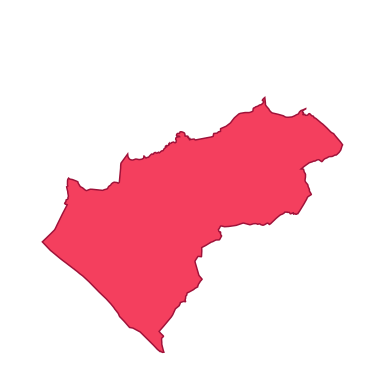 outline of Tanh Linh, Bình Thuận, Vietnam, rotated 46°
{"feature_id": "81297802B72040378952039", "entity_name": "Tanh Linh", "entity_type": "district", "adm_level": 2, "iso_a3": "VNM", "parent_name": "Vietnam", "parent_adm1": "Bình Thuận", "projection": "natural_earth1", "projection_center": [107.7, 11.14], "detail": "fine", "context": "isolated", "style": "filled", "palette": "rose", "viewbox_px": 384, "rotation_deg": 46, "n_neighbors": 0, "source": "geoboundaries", "source_scale": "gbopen_adm2", "svg_char_len": 6013}
<svg xmlns="http://www.w3.org/2000/svg" viewBox="0 0 384 384"><g transform="rotate(46 192 192)"><path d="M248.4,49.6L246.4,50.3L244.9,50.5L239.7,50.5L234.0,50.8L232.3,51.1L225.3,51.8L224.4,52.0L223.3,52.6L222.6,52.2L222.0,52.1L221.3,52.2L220.7,52.8L220.3,52.9L217.6,52.9L217.2,53.1L216.9,53.6L217.0,55.4L216.8,55.9L215.6,57.2L214.4,56.9L214.1,57.3L213.8,58.2L213.5,58.4L213.2,58.3L213.1,58.1L212.5,56.9L212.2,56.8L211.7,57.0L211.3,57.0L210.9,56.6L210.7,56.3L210.6,55.7L210.6,54.9L211.2,52.5L211.0,52.3L210.1,54.9L209.1,57.1L209.1,59.2L209.7,61.0L209.6,61.7L208.9,63.5L208.5,65.2L207.4,68.0L205.0,71.0L203.6,72.3L203.0,72.7L200.5,73.4L199.5,74.0L196.2,75.9L190.8,79.4L189.5,79.6L187.3,79.6L185.6,79.1L181.9,78.9L180.7,78.7L180.0,78.3L179.0,77.4L174.6,74.0L174.5,75.7L174.7,77.3L175.1,77.8L175.8,77.5L176.5,77.7L176.9,78.0L177.2,78.4L177.3,79.0L177.3,80.7L177.2,81.7L176.6,82.5L176.3,83.2L175.9,85.2L175.0,87.0L174.8,88.6L174.4,89.3L174.4,89.6L174.7,90.3L176.0,91.7L175.9,92.9L175.0,95.0L174.2,96.1L171.6,98.8L169.0,102.6L168.4,104.0L168.1,110.0L168.5,113.1L169.0,116.1L169.0,116.7L168.4,121.8L166.3,127.4L168.2,129.4L167.1,131.2L167.1,132.7L166.9,133.3L165.1,135.6L165.2,136.1L166.7,138.2L165.6,140.2L157.2,153.0L156.8,153.5L156.5,153.6L155.6,153.6L155.1,154.0L153.2,156.6L152.9,157.4L152.7,157.5L152.4,157.3L152.0,156.5L151.4,157.1L150.1,156.4L149.8,156.5L149.7,156.9L149.2,156.4L148.8,156.3L147.6,157.5L147.1,158.0L146.8,158.1L146.1,157.4L144.9,156.7L144.4,156.5L143.4,156.7L141.7,157.5L140.8,158.3L140.5,158.9L141.0,159.9L141.0,160.4L140.1,161.4L139.8,161.9L139.9,163.0L140.6,163.9L141.2,164.0L142.9,162.5L143.3,162.4L143.6,162.5L142.5,163.9L142.2,164.5L141.9,165.4L142.0,166.2L142.7,167.1L144.1,167.5L144.8,168.6L145.1,168.9L145.0,169.6L144.8,170.0L144.4,170.2L143.2,170.6L142.6,171.7L142.3,172.4L142.4,172.8L142.3,173.1L141.6,174.4L142.0,175.1L141.7,175.2L141.2,174.8L141.3,175.4L142.0,176.1L142.1,176.5L141.5,177.6L141.4,178.3L141.0,178.0L140.8,178.1L140.7,179.0L140.7,179.4L140.9,179.6L141.5,178.8L141.8,178.9L141.5,179.7L141.7,180.5L141.5,181.7L141.6,182.3L142.0,183.4L142.1,184.2L141.4,185.2L141.4,185.8L141.2,186.1L141.2,188.2L140.9,188.5L140.1,188.5L140.0,188.8L139.8,189.9L139.4,190.6L139.2,190.7L138.4,190.6L137.7,191.5L137.6,192.7L137.6,193.0L137.9,193.3L137.8,193.7L137.6,194.1L136.9,194.4L136.6,194.8L136.6,196.9L136.8,199.2L136.0,200.2L135.7,201.3L135.3,201.6L134.9,201.7L133.3,201.4L132.8,201.6L133.2,202.2L133.7,202.9L134.0,203.4L133.9,204.1L133.5,205.4L132.0,207.5L129.6,209.2L129.1,209.7L128.2,211.8L127.7,212.6L127.3,213.0L126.2,213.7L125.1,214.1L124.6,214.1L122.6,213.7L121.5,213.1L120.0,211.9L121.9,222.9L122.4,223.7L123.6,225.1L125.2,226.7L126.5,228.2L134.5,237.5L134.5,238.7L134.3,239.1L133.2,239.3L131.2,240.9L130.8,241.3L130.3,242.9L130.2,244.4L130.5,245.5L130.5,246.2L130.2,247.4L130.2,248.1L130.3,248.8L130.7,249.7L130.8,250.2L130.7,251.2L129.4,253.5L129.0,254.6L128.7,255.2L120.5,262.1L119.5,263.1L118.9,264.1L118.0,266.4L117.5,267.1L116.7,267.4L113.1,267.8L110.5,268.6L107.2,267.9L106.3,267.6L105.6,267.1L105.1,267.1L103.8,267.6L100.1,269.3L97.7,271.0L96.3,271.1L96.6,272.6L97.5,273.8L100.1,276.4L101.4,277.2L101.4,277.5L101.2,278.6L103.3,279.9L105.1,280.9L106.9,282.3L108.6,283.4L109.2,283.8L109.9,285.2L110.6,285.7L110.8,286.7L110.3,287.7L110.3,288.1L111.3,289.4L111.3,290.0L111.7,290.4L111.5,291.0L111.7,291.5L112.2,291.6L113.0,291.5L114.1,290.7L114.5,290.6L117.7,300.2L121.9,311.8L123.1,315.0L123.7,316.8L123.8,317.5L123.9,323.2L123.9,334.3L135.6,334.4L149.0,332.9L169.4,329.8L172.7,329.5L176.2,328.9L184.8,328.4L199.6,328.3L209.3,327.9L216.3,328.1L220.9,328.5L222.2,328.8L228.0,329.4L231.3,330.6L237.6,330.6L245.6,331.0L246.1,331.0L248.7,329.1L249.5,328.8L256.7,326.5L275.4,326.1L281.2,326.2L284.5,325.8L284.5,325.4L285.4,325.2L287.0,324.5L287.7,323.5L285.8,322.6L280.5,319.5L279.4,318.4L276.8,316.2L276.2,315.5L276.1,315.1L276.1,313.1L275.9,312.7L275.6,312.6L271.6,312.7L269.4,312.5L268.8,305.5L267.5,293.6L266.9,291.1L264.5,285.1L264.9,280.5L264.8,279.8L264.2,279.0L264.2,278.2L263.5,277.4L263.5,277.0L264.1,275.6L264.5,274.9L265.0,273.9L265.2,273.7L266.2,273.2L266.3,272.8L266.1,272.5L265.4,272.3L264.9,272.0L263.9,270.3L262.8,269.2L262.6,268.7L262.5,267.4L261.7,266.4L261.3,265.7L261.3,265.0L261.6,264.7L261.8,264.1L263.3,258.6L263.4,256.8L264.2,253.8L263.5,253.0L263.3,252.3L262.7,251.1L262.4,249.3L262.0,248.2L261.9,246.2L261.7,245.3L257.4,245.0L256.7,244.9L244.2,238.3L243.6,237.3L242.5,232.5L243.0,231.9L245.0,230.3L245.0,230.0L241.4,226.1L238.7,223.6L240.0,219.2L241.3,213.2L242.1,211.6L243.0,208.5L243.5,207.7L245.3,205.7L245.4,205.1L244.2,201.3L243.8,201.1L242.8,201.1L241.8,200.3L241.0,200.2L240.8,200.1L240.8,199.4L240.7,199.4L240.3,199.4L239.6,199.9L239.1,200.0L238.7,199.9L237.3,199.0L237.3,198.1L236.4,195.4L236.5,194.9L237.1,194.3L239.6,192.7L242.3,189.5L246.7,183.4L249.6,177.3L250.0,176.7L250.5,176.3L255.8,173.1L256.5,171.9L257.4,170.0L258.7,168.4L259.7,167.6L260.8,167.2L261.6,165.9L262.0,165.4L263.5,165.1L265.1,164.1L265.6,163.4L266.1,161.8L266.5,160.0L266.9,159.3L268.0,158.8L268.8,159.0L269.1,158.9L269.4,157.5L269.4,149.8L269.6,146.8L269.9,144.0L270.5,142.9L271.1,140.8L271.0,139.1L272.0,138.2L272.5,137.5L273.1,137.4L273.3,137.2L274.1,136.2L274.5,136.2L276.0,136.4L276.5,135.6L277.3,133.6L277.6,133.6L278.1,134.2L278.5,134.3L278.7,134.0L278.9,133.4L279.2,133.0L280.1,132.8L280.5,132.4L280.8,131.3L281.1,131.0L280.5,128.1L278.3,119.6L276.9,114.9L276.0,112.6L276.0,111.6L276.7,108.0L276.0,107.6L272.8,106.8L271.6,105.7L268.8,104.7L267.5,103.8L266.8,103.6L263.9,103.4L262.7,103.0L262.0,102.5L260.1,100.0L258.3,98.2L257.5,97.8L255.6,97.4L253.2,96.0L252.8,96.1L251.2,97.5L251.5,93.5L252.4,87.3L253.9,84.3L254.1,83.4L255.2,82.0L255.8,79.8L256.4,78.8L257.0,78.3L257.7,78.1L260.1,77.7L260.4,77.4L260.4,76.6L260.2,74.8L260.3,73.4L261.3,70.9L261.7,69.0L263.8,66.5L264.3,65.1L264.6,63.8L265.6,62.5L265.7,61.6L265.7,58.7L265.2,56.0L264.5,54.6L263.2,52.3L262.7,50.9L258.9,50.4L250.8,49.9L248.4,49.6Z" fill="#f43f5e" stroke="#9f1239" stroke-width="1.5"/></g></svg>